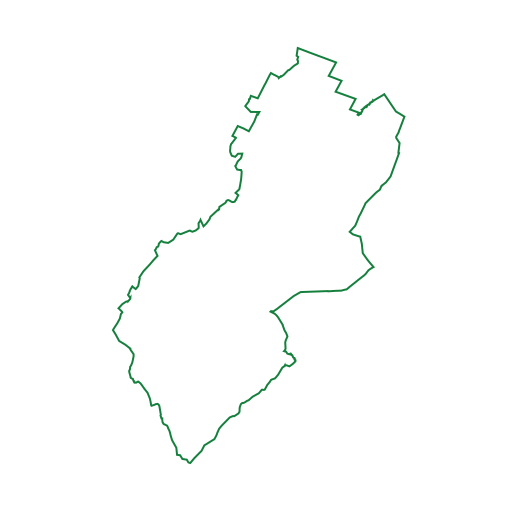 Jaunlutriņu pag., Saldus, Latvia, rotated 127°
{"feature_id": "27541924B81065833058095", "entity_name": "Jaunlutriņu pag.", "entity_type": "district", "adm_level": 2, "iso_a3": "LVA", "parent_name": "Latvia", "parent_adm1": "Saldus", "projection": "robinson", "projection_center": [22.356, 56.804], "detail": "fine", "context": "isolated", "style": "outline", "palette": "green", "viewbox_px": 512, "rotation_deg": 127, "n_neighbors": 0, "source": "geoboundaries", "source_scale": "gbopen_adm2", "svg_char_len": 5760}
<svg xmlns="http://www.w3.org/2000/svg" viewBox="0 0 512 512"><g transform="rotate(127 256 256)"><path d="M232.3,167.0L229.1,164.5L228.3,163.6L225.7,162.9L225.6,163.0L213.9,160.0L206.0,157.9L203.9,157.6L199.7,157.6L196.9,156.7L194.1,155.5L192.7,161.7L191.9,164.8L189.8,171.5L189.3,172.7L189.1,172.8L182.7,178.7L177.8,184.4L178.6,186.3L180.4,191.6L180.3,195.7L172.0,195.0L167.1,196.2L162.6,197.5L159.0,198.0L149.4,199.9L148.0,200.3L143.5,199.7L134.8,198.5L132.4,198.1L128.6,197.0L124.3,198.0L123.9,197.7L123.8,197.8L118.9,196.5L111.5,196.4L87.7,203.7L87.9,204.4L79.4,209.3L77.4,214.9L76.5,215.8L76.2,215.8L73.9,216.2L71.3,216.5L70.6,216.9L67.8,217.7L67.6,217.7L64.0,218.8L55.4,221.3L55.9,227.0L56.4,231.2L49.6,251.0L51.5,251.6L61.3,255.7L61.3,255.8L61.5,255.6L62.0,255.9L62.8,255.8L63.1,256.5L63.7,256.5L64.0,256.7L64.4,256.6L64.6,256.6L64.9,257.1L65.7,256.8L65.8,257.0L66.0,257.1L66.6,256.6L66.9,256.5L67.1,256.6L67.2,257.1L67.4,257.4L68.0,257.7L68.8,257.8L69.0,258.0L69.6,258.2L69.6,257.8L69.6,257.6L70.0,257.3L71.0,257.6L71.2,257.9L71.1,258.0L71.6,258.5L71.8,258.9L72.0,258.9L72.8,258.6L73.3,259.0L73.8,258.9L74.0,259.0L74.8,259.3L74.6,258.8L74.8,258.7L75.6,259.0L76.4,258.3L76.9,258.4L77.2,258.2L77.5,258.3L77.8,258.4L78.2,258.4L78.6,258.0L79.3,257.8L79.7,257.9L80.4,258.5L80.6,258.9L81.7,258.7L81.9,258.8L82.0,259.9L79.6,260.0L82.4,269.2L70.6,271.0L76.9,291.3L64.6,293.1L68.4,306.3L53.2,308.5L61.0,334.7L64.8,347.8L71.6,344.1L71.6,342.1L74.4,341.2L75.0,339.8L77.0,338.5L78.1,338.9L81.1,340.1L83.0,340.5L87.2,341.3L88.3,342.1L94.8,342.9L97.7,343.9L97.6,344.4L100.2,344.9L99.6,345.8L100.1,349.3L100.5,351.0L100.9,354.2L103.6,353.9L113.0,352.2L114.9,352.0L116.9,351.6L129.0,349.5L131.2,356.5L134.4,355.4L135.0,355.9L136.9,354.8L142.6,354.8L142.8,354.7L143.6,349.7L144.1,346.9L139.0,340.0L142.1,339.6L142.3,340.4L149.7,338.3L160.7,336.8L160.9,338.0L161.7,342.9L163.2,348.8L174.3,347.1L173.6,343.3L173.7,343.1L181.8,343.2L183.4,342.6L184.2,342.2L185.5,341.3L187.6,340.0L188.6,339.0L190.5,335.7L189.3,332.3L185.2,331.9L182.5,328.6L185.8,327.2L187.3,326.9L191.4,327.5L193.6,327.1L195.7,326.6L196.6,326.7L197.4,325.1L198.3,323.1L197.4,321.3L196.3,319.6L197.5,318.0L203.6,314.1L209.4,311.1L212.7,309.5L217.9,310.3L218.0,308.0L218.1,307.5L218.1,306.7L220.5,306.4L221.1,306.2L223.2,305.8L223.3,306.0L225.5,305.7L226.3,306.4L226.9,307.0L227.2,307.4L227.4,308.1L227.7,310.7L227.9,311.5L228.2,312.0L229.0,312.5L229.8,312.8L231.5,312.4L232.5,312.6L238.8,314.8L241.0,313.5L241.8,313.7L241.6,314.1L251.9,316.0L252.1,316.0L254.9,315.2L260.0,315.2L263.9,315.8L260.6,322.0L261.2,321.8L264.3,321.6L264.6,321.5L267.3,319.2L268.1,318.7L268.4,318.6L268.8,318.7L271.9,319.5L274.9,321.4L275.2,322.4L275.5,324.1L275.8,324.4L283.9,329.3L284.1,329.8L284.7,331.9L285.1,332.2L285.5,332.3L292.7,331.9L298.4,334.0L300.6,338.1L301.0,340.2L301.1,340.4L301.0,340.5L301.5,340.8L304.6,341.0L304.9,340.9L306.3,340.1L307.1,339.9L307.5,339.9L308.4,340.5L308.8,340.6L310.4,340.2L311.8,340.1L312.2,340.2L315.2,334.7L316.5,334.9L321.2,335.4L326.4,335.7L335.8,336.7L343.3,336.3L343.8,335.4L350.9,332.0L353.9,332.1L354.8,332.2L354.8,336.0L354.7,336.5L355.7,336.5L355.9,336.3L357.1,336.2L357.4,336.3L358.7,336.0L359.7,335.9L360.0,335.8L360.1,335.6L361.9,335.1L364.1,334.8L365.2,331.3L364.8,331.3L365.7,330.7L366.8,330.7L369.0,330.9L368.9,331.0L370.7,332.3L374.9,333.8L380.5,334.3L380.5,333.9L380.8,331.8L381.1,329.6L381.5,328.8L383.5,329.0L387.9,327.1L393.1,326.3L399.6,325.9L401.3,325.6L403.2,320.7L404.8,317.2L406.1,314.4L406.2,313.9L405.5,307.3L405.6,300.6L406.2,300.3L408.1,294.6L410.1,293.2L415.5,290.7L418.5,289.9L420.2,289.8L422.5,288.4L423.7,288.3L424.3,287.8L424.8,287.6L428.3,283.0L428.5,283.0L428.7,282.3L428.3,280.2L429.1,279.3L429.3,278.8L429.2,278.5L429.4,278.2L429.8,278.0L430.3,276.9L430.2,276.7L429.8,276.7L429.4,275.6L427.2,274.6L427.2,271.5L429.3,264.9L430.5,260.3L433.5,255.3L434.4,254.1L438.5,249.6L438.5,249.3L437.8,248.8L435.9,247.5L434.6,246.9L433.4,245.7L433.3,245.4L433.4,244.1L433.9,243.0L436.4,240.3L440.0,236.5L440.8,236.3L442.6,233.8L442.1,233.1L443.0,232.5L444.8,230.8L445.7,229.0L445.7,228.3L445.6,227.8L445.5,227.6L445.0,224.8L446.1,222.9L446.5,222.4L447.7,219.9L448.0,219.6L449.1,218.0L450.0,217.0L450.9,215.9L453.6,212.2L457.1,204.2L462.3,199.4L460.8,196.7L462.4,192.6L460.3,188.7L461.5,185.9L461.5,185.7L461.4,185.3L460.9,183.9L454.7,183.6L447.1,182.6L444.5,182.2L438.3,183.3L427.3,179.0L422.9,179.7L420.0,180.6L416.0,181.5L412.1,181.3L400.7,179.8L398.4,178.5L398.1,178.2L397.6,178.0L397.1,177.0L392.5,175.3L390.4,175.4L386.9,177.8L384.6,178.6L383.3,178.9L381.6,178.5L380.8,177.5L379.5,176.8L377.1,176.0L375.7,175.1L370.4,174.0L363.8,171.1L360.0,170.9L359.3,170.8L359.1,170.7L358.2,169.1L357.4,168.6L352.1,169.4L348.3,169.2L345.9,169.4L345.2,169.1L342.4,167.2L340.5,167.0L337.3,166.9L329.3,167.8L326.9,167.0L326.2,167.1L326.4,166.9L326.1,166.7L325.5,166.8L325.0,166.0L324.0,162.9L320.1,161.7L316.9,161.2L316.9,161.3L316.0,161.4L315.4,161.8L315.4,162.2L315.6,162.7L315.5,163.0L315.2,163.1L314.8,163.2L314.5,163.4L314.3,163.7L314.3,163.9L314.6,164.3L314.7,164.7L314.5,165.5L314.0,166.2L313.6,167.1L313.7,167.3L313.7,167.5L313.4,167.6L313.5,168.0L313.4,168.5L313.7,168.9L313.5,169.1L313.1,169.2L313.0,169.4L313.1,169.7L313.3,169.9L313.8,169.8L314.1,170.0L314.5,170.3L314.7,171.0L315.1,172.3L314.4,174.1L314.3,174.5L315.0,175.9L315.1,176.3L314.6,176.2L313.0,176.4L312.1,176.7L307.5,180.6L305.2,181.6L304.9,181.6L301.3,182.5L299.3,185.7L298.3,188.4L298.1,188.6L295.1,193.2L294.9,193.2L291.7,201.4L291.1,203.7L290.9,205.5L290.9,206.7L291.1,207.7L291.7,210.9L291.0,210.8L290.8,210.5L289.8,208.8L285.5,207.3L281.6,206.3L280.3,205.9L265.3,201.8L258.7,199.0L257.9,198.6L240.7,177.4L240.8,177.1L236.8,172.5L232.3,167.0Z" fill="none" stroke="#15803d" stroke-width="2"/></g></svg>